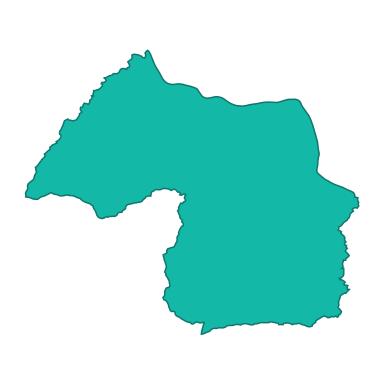 outline of Palmeirante, Tocantins, Brazil, rotated 269°
{"feature_id": "56859067B84027075670331", "entity_name": "Palmeirante", "entity_type": "district", "adm_level": 2, "iso_a3": "BRA", "parent_name": "Brazil", "parent_adm1": "Tocantins", "projection": "natural_earth1", "projection_center": [-48.155, -7.846], "detail": "fine", "context": "isolated", "style": "filled", "palette": "teal", "viewbox_px": 384, "rotation_deg": 269, "n_neighbors": 0, "source": "geoboundaries", "source_scale": "gbopen_adm2", "svg_char_len": 5949}
<svg xmlns="http://www.w3.org/2000/svg" viewBox="0 0 384 384"><g transform="rotate(269 192 192)"><path d="M190.0,25.6L189.6,28.2L189.1,30.3L187.9,32.6L187.3,36.0L187.4,37.6L189.7,40.8L190.6,44.4L193.9,51.4L192.6,53.2L192.0,54.9L191.8,56.8L190.4,60.0L190.5,63.4L190.8,64.9L191.3,66.3L190.6,69.7L190.5,72.0L189.9,74.1L188.2,77.6L187.8,79.4L185.0,82.7L183.8,84.9L182.0,89.7L180.7,91.3L179.9,92.6L178.2,93.1L176.3,94.0L174.8,95.0L172.8,95.8L170.7,96.4L168.8,97.6L167.7,99.1L167.2,100.5L167.1,102.3L167.6,103.8L168.7,105.6L168.2,107.6L169.1,108.7L168.9,111.0L169.2,112.8L168.9,114.4L170.1,116.5L171.7,117.1L173.0,118.9L172.9,121.6L174.5,122.1L175.4,123.8L176.4,125.2L178.0,125.3L180.3,126.8L181.0,129.7L181.4,132.0L182.0,133.8L182.2,136.2L182.7,138.3L182.9,140.5L183.7,142.0L185.4,143.3L186.5,145.0L187.9,145.6L188.7,148.2L188.7,150.8L192.0,151.2L193.1,152.2L193.7,153.8L194.8,155.0L195.1,156.5L194.8,158.0L194.8,160.1L196.1,163.8L195.6,167.8L195.1,169.5L193.9,171.0L195.2,174.3L194.4,176.0L193.3,176.7L192.1,177.8L192.1,179.6L190.8,180.3L189.4,179.7L188.9,181.3L189.9,182.8L190.1,184.7L189.2,185.8L187.7,184.6L185.8,184.3L184.6,185.3L183.2,185.3L182.0,183.1L180.7,182.4L181.1,180.6L179.4,179.6L176.4,178.2L174.8,178.5L173.4,177.2L171.9,178.1L170.2,178.4L168.6,179.5L166.8,179.4L165.5,180.1L163.9,181.8L162.3,181.2L160.8,182.7L158.7,182.8L157.7,180.9L154.7,179.1L151.4,177.8L149.7,178.2L148.3,176.9L146.9,176.2L144.9,176.3L142.6,176.0L141.0,174.9L137.4,173.2L137.0,171.3L135.6,166.7L133.7,165.6L131.6,165.8L130.4,163.9L129.7,162.1L128.4,162.2L126.7,162.9L124.6,163.0L122.8,163.9L121.3,164.2L119.5,164.8L117.3,165.1L112.5,163.3L110.9,164.4L109.1,164.4L107.3,165.7L103.4,167.7L101.3,167.8L99.8,168.2L98.3,168.2L96.8,166.9L96.8,165.3L95.9,164.2L94.6,163.8L93.4,163.0L90.0,163.0L88.6,162.5L87.0,161.1L85.0,161.8L83.9,163.8L82.8,165.1L79.0,166.7L77.6,166.7L75.8,167.6L73.7,168.2L72.8,169.7L73.0,171.5L72.1,173.1L70.5,172.9L68.5,174.2L67.6,175.8L67.0,177.5L65.7,178.7L62.6,184.0L61.9,186.1L61.6,188.0L60.3,189.0L60.0,190.7L62.1,194.1L60.9,197.8L61.3,200.1L61.4,201.8L52.3,199.2L49.6,198.9L50.0,200.8L51.7,204.9L52.1,206.5L52.9,207.7L54.1,208.8L55.0,210.3L55.3,212.2L55.2,214.2L55.8,216.6L55.6,220.6L56.2,222.8L57.7,224.8L57.9,227.5L57.9,230.4L58.5,232.5L58.9,234.8L58.2,238.6L59.2,240.3L59.5,242.7L59.3,244.4L58.2,248.0L58.1,250.7L59.1,252.6L59.1,254.6L59.6,256.6L60.2,258.2L60.0,266.1L60.9,268.8L60.3,271.0L59.3,275.8L57.8,276.6L58.0,278.4L57.7,280.7L59.1,281.5L59.3,283.5L59.4,286.1L58.6,288.3L57.6,290.0L58.3,291.7L58.4,294.5L58.9,296.8L57.4,299.9L57.0,302.0L55.8,304.4L55.2,306.4L55.3,308.3L56.0,309.9L57.4,310.2L59.5,313.4L61.1,313.5L63.3,317.3L65.6,321.0L65.3,323.6L64.0,325.4L64.1,327.6L65.1,329.4L64.6,331.5L65.5,333.6L64.3,335.0L65.0,336.3L66.4,336.1L66.9,337.8L68.3,338.7L69.8,339.4L71.7,338.1L72.9,336.9L74.2,336.0L76.4,336.9L78.0,336.7L80.2,336.8L84.1,338.3L85.8,338.7L87.2,340.8L88.1,342.5L88.1,344.1L89.4,345.1L91.8,347.6L92.1,345.9L93.6,345.2L95.6,346.2L96.2,344.9L96.1,343.0L97.5,342.2L99.1,343.6L100.5,342.0L101.6,340.1L101.7,338.2L103.3,337.8L103.3,339.5L105.6,341.8L107.0,342.3L111.6,342.4L113.2,342.3L113.0,340.3L114.9,341.7L117.9,341.1L119.7,342.1L121.4,342.3L121.0,344.4L123.0,345.0L124.4,347.0L125.6,348.1L127.8,346.6L130.2,344.2L131.8,345.2L133.0,346.3L133.9,345.0L135.8,345.6L136.3,343.9L138.0,343.6L139.4,345.1L141.1,343.6L143.1,344.1L144.8,343.6L148.3,339.9L149.6,340.7L150.6,339.4L151.1,337.6L152.7,338.1L154.6,338.2L155.2,339.8L156.7,341.6L158.7,343.0L161.1,346.6L162.3,347.2L163.6,348.6L165.2,349.3L167.3,349.8L168.9,351.5L170.0,353.1L171.9,351.9L173.3,353.8L173.4,355.2L173.0,356.9L175.2,358.5L177.3,357.9L178.5,358.5L180.4,357.6L182.0,357.4L183.4,357.8L184.1,354.6L186.2,354.7L188.6,353.5L189.9,351.2L191.5,347.4L193.6,343.5L197.3,334.2L199.1,330.8L200.3,329.0L202.0,325.8L203.0,324.4L208.3,318.3L210.3,317.2L212.3,317.2L216.5,318.1L221.4,318.5L224.8,319.1L226.5,319.6L228.3,319.8L232.0,319.1L240.0,318.3L245.6,316.9L256.2,314.0L261.9,312.1L266.2,310.2L274.8,304.3L276.6,303.2L278.8,302.4L280.4,301.5L281.7,300.2L282.4,298.7L282.9,297.1L282.9,289.7L282.3,287.2L280.5,281.1L280.1,279.3L280.1,277.5L280.6,269.7L280.5,267.3L280.3,264.6L279.2,258.4L278.4,252.0L277.4,247.4L277.0,244.4L277.1,242.1L277.6,238.2L278.0,236.5L278.9,234.3L279.8,232.1L282.1,228.6L283.6,226.8L284.8,225.0L285.7,223.4L286.3,221.5L286.7,219.6L286.9,217.8L286.6,215.7L285.7,211.3L285.5,208.7L286.0,206.1L287.6,203.8L291.0,201.4L294.1,199.5L295.3,198.4L296.2,196.5L297.8,191.9L299.1,186.7L299.6,185.3L300.1,183.1L300.3,181.0L300.3,178.9L299.8,174.9L300.0,172.8L300.8,170.1L301.8,168.3L303.1,166.7L305.8,164.5L311.1,161.9L318.9,157.4L320.7,156.6L330.1,153.0L333.4,151.3L334.4,150.1L333.2,148.6L331.8,147.5L330.2,148.0L328.6,148.0L326.7,147.1L327.3,145.2L328.6,143.9L330.1,140.5L330.8,136.4L330.0,134.3L327.8,134.5L326.0,133.9L323.3,130.1L321.2,131.2L319.3,131.9L317.9,131.3L317.5,129.6L315.7,128.6L316.5,127.2L316.6,125.7L316.6,123.9L315.6,122.5L312.9,121.1L311.6,119.2L311.7,115.5L310.3,114.1L309.4,110.8L308.3,109.0L307.5,106.2L306.5,107.3L305.2,108.3L303.9,107.3L303.1,106.0L303.2,103.9L301.8,103.1L301.1,104.4L299.3,104.1L296.6,101.3L295.2,97.3L295.1,95.4L293.3,95.3L291.6,94.7L289.7,95.1L289.9,93.2L288.2,93.8L286.7,93.1L285.6,91.4L283.7,91.3L281.6,90.3L282.7,85.8L280.5,84.5L278.7,84.1L278.6,82.1L277.0,81.7L275.3,82.2L273.9,83.4L273.0,82.2L272.3,80.9L270.4,80.7L267.0,78.2L265.9,77.2L265.6,75.5L265.2,74.0L265.8,72.2L266.0,70.3L267.2,69.1L265.4,65.7L260.8,64.1L258.8,63.0L257.1,62.4L255.6,61.1L253.6,60.5L251.9,60.8L251.1,62.1L249.5,62.0L247.7,61.0L245.9,59.3L244.8,57.1L243.5,57.9L241.9,54.5L241.3,52.9L240.0,51.8L239.1,50.5L237.2,51.0L236.0,49.2L233.5,46.4L232.5,45.0L230.9,45.9L229.2,44.8L228.0,43.6L227.0,42.2L225.5,41.5L224.2,40.3L220.7,37.7L219.4,35.9L214.4,36.8L211.3,34.9L207.8,34.1L206.3,32.5L205.2,30.9L203.1,28.4L201.4,27.7L197.7,27.7L194.8,25.9L193.2,25.5L191.6,26.0L190.0,25.6Z" fill="#14b8a6" stroke="#0f766e" stroke-width="1.5"/></g></svg>